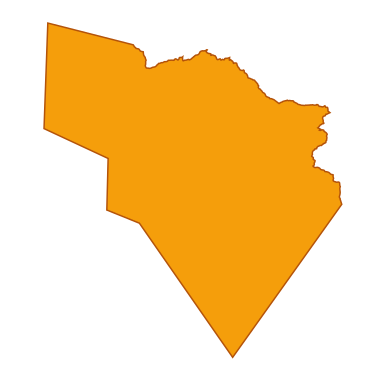 outline of Obura/Wonenara District, Eastern Highlands, Papua New Guinea, rotated 272°
{"feature_id": "67681753B51845226746090", "entity_name": "Obura/Wonenara District", "entity_type": "district", "adm_level": 2, "iso_a3": "PNG", "parent_name": "Papua New Guinea", "parent_adm1": "Eastern Highlands", "projection": "orthographic", "projection_center": [145.927, -6.831], "detail": "fine", "context": "isolated", "style": "filled", "palette": "amber", "viewbox_px": 384, "rotation_deg": 272, "n_neighbors": 0, "source": "geoboundaries", "source_scale": "gbopen_adm2", "svg_char_len": 5734}
<svg xmlns="http://www.w3.org/2000/svg" viewBox="0 0 384 384"><g transform="rotate(272 192 192)"><path d="M250.2,41.9L222.6,107.0L171.0,107.5L159.0,140.5L47.4,224.0L28.2,238.4L111.2,293.3L184.2,341.6L184.9,342.1L186.3,341.6L187.4,341.2L188.9,340.7L189.5,340.4L190.2,340.3L190.8,340.2L191.2,339.8L192.2,339.4L195.1,340.0L196.9,340.1L200.5,339.6L201.4,339.7L202.6,340.0L203.6,339.5L206.2,339.2L206.8,338.8L207.1,337.9L206.8,336.2L207.6,333.5L208.2,332.7L209.2,332.6L210.5,333.0L212.7,332.4L214.0,332.5L214.3,331.7L214.4,330.9L214.7,329.9L215.4,329.2L216.3,328.1L216.7,327.0L217.0,325.3L217.0,324.5L217.1,324.1L217.9,323.6L218.4,323.0L218.6,321.7L218.9,320.1L219.3,319.5L219.9,319.1L220.4,318.5L220.7,317.6L221.0,317.0L221.0,316.0L220.8,315.0L220.7,314.0L221.7,312.2L222.3,312.1L223.0,313.0L223.9,313.3L225.2,313.1L226.0,313.6L226.7,313.7L227.2,313.9L227.6,313.9L228.0,313.5L228.5,312.5L228.9,312.0L229.8,312.1L230.7,312.0L231.8,310.4L232.7,310.6L233.1,310.8L233.9,311.1L234.2,310.9L236.3,311.0L237.0,311.4L237.8,311.9L238.4,313.0L239.3,313.3L239.5,313.6L239.4,314.4L239.7,315.1L240.6,315.1L242.0,316.3L242.3,317.2L242.9,318.2L243.0,318.8L243.0,319.7L243.3,320.1L244.1,320.7L244.5,321.5L245.0,321.7L245.2,322.6L245.6,322.9L245.6,323.3L246.1,324.0L246.7,324.1L247.5,324.1L248.0,324.3L248.5,324.8L249.7,324.7L250.4,324.9L251.2,324.9L251.9,324.7L252.5,324.5L253.5,324.7L254.4,325.1L254.8,324.9L255.6,324.3L256.3,323.5L257.2,321.9L258.2,321.6L258.5,321.2L258.7,319.9L258.5,319.3L258.0,318.3L258.1,317.2L258.7,317.5L259.3,318.1L259.6,317.5L260.1,316.1L260.5,315.5L260.8,315.9L262.0,316.8L263.6,318.0L263.8,318.7L264.3,319.2L264.8,320.1L264.9,321.0L265.4,321.4L266.2,320.8L266.9,320.6L267.5,320.7L268.3,320.6L269.7,320.0L271.2,320.0L272.1,320.6L272.5,321.4L272.9,322.5L274.4,323.2L274.4,324.0L274.7,324.4L276.1,327.1L277.7,325.0L279.4,325.0L281.0,324.6L281.3,324.3L281.3,323.7L281.3,322.7L282.3,322.2L282.8,321.8L282.7,321.5L282.2,321.0L281.7,319.8L281.6,319.4L282.0,317.4L282.0,316.1L282.6,315.7L283.7,314.6L283.6,314.1L283.7,313.5L283.1,312.9L283.2,312.3L283.0,311.3L283.4,309.4L283.1,307.9L283.2,307.0L282.9,306.2L282.9,304.9L282.7,303.7L282.8,302.6L282.4,301.8L282.5,299.0L282.5,298.3L282.9,297.0L283.1,296.3L283.3,294.9L284.3,293.7L284.7,292.6L285.7,290.5L286.1,290.5L286.5,290.2L286.7,289.1L286.6,287.7L286.9,286.6L286.7,285.8L286.6,285.0L287.1,283.9L286.6,283.2L286.5,282.3L286.2,281.3L285.7,279.7L285.1,278.9L284.3,276.9L283.6,276.4L283.5,275.8L286.1,272.1L286.6,271.4L287.1,270.7L287.4,270.0L287.5,269.3L287.9,268.7L288.0,268.2L288.1,267.6L288.0,266.6L288.5,266.2L289.0,265.8L289.2,265.0L289.5,264.3L289.9,263.2L290.2,262.7L290.9,262.3L292.3,261.6L293.1,261.0L293.3,260.6L293.8,259.6L294.0,259.2L295.1,258.4L295.7,258.0L296.3,257.2L297.1,256.7L297.6,255.4L298.2,255.0L298.8,254.6L299.5,254.7L300.4,254.9L300.7,254.7L301.2,254.1L302.0,254.0L302.3,253.8L302.8,253.3L303.3,252.9L303.8,252.5L304.3,251.9L305.0,251.2L305.7,250.8L306.0,250.3L306.1,249.8L306.2,248.8L306.6,248.5L306.8,247.9L307.0,247.2L307.3,246.6L307.6,245.9L307.8,245.0L307.9,244.3L308.3,243.9L309.1,243.7L310.0,243.5L310.7,243.1L311.4,242.8L312.2,242.0L312.7,241.1L313.1,240.3L313.7,240.1L314.3,240.0L315.3,239.8L315.7,239.2L315.5,238.7L315.2,238.4L315.2,237.8L315.3,237.1L315.4,236.5L315.9,235.6L316.5,235.2L317.0,234.9L317.6,234.6L318.0,234.2L318.4,233.7L319.0,233.4L319.7,233.0L320.2,232.7L321.2,232.5L321.8,232.3L322.3,232.0L322.4,231.7L322.4,231.2L322.5,230.6L322.4,229.9L322.2,229.5L322.0,229.1L322.3,228.8L322.8,228.8L324.2,227.9L324.4,227.6L324.5,227.0L324.8,226.7L325.3,226.4L325.5,226.0L325.1,224.8L325.4,224.6L326.0,224.9L326.4,224.9L326.9,224.8L327.3,224.9L327.7,224.9L327.5,224.5L327.1,223.5L326.9,222.7L326.8,222.0L326.8,221.1L326.6,220.3L326.3,220.0L325.5,219.8L325.2,219.4L325.3,218.9L325.5,218.3L325.6,217.7L325.0,216.9L324.9,216.4L325.1,216.0L325.6,215.8L326.0,215.6L326.0,215.1L325.7,214.5L325.4,213.8L325.2,212.8L325.4,212.4L325.8,212.1L326.5,211.8L327.3,211.5L327.9,211.1L329.0,210.2L329.1,209.3L329.3,208.8L329.7,208.0L329.6,207.4L329.3,206.6L329.2,206.2L329.6,205.9L329.9,206.1L330.4,206.2L330.7,205.9L331.0,204.9L331.0,203.9L331.3,203.1L331.7,202.2L332.8,201.2L333.7,201.7L334.6,202.2L334.7,201.8L333.8,200.6L333.6,199.8L333.4,198.8L333.5,197.7L333.3,196.9L333.0,196.1L332.5,195.3L331.8,194.9L330.6,194.4L330.1,194.0L329.6,193.4L329.3,193.0L329.1,192.2L328.9,191.0L327.9,189.7L327.4,189.4L327.2,188.9L326.8,188.6L326.4,188.1L325.7,187.3L324.9,186.5L324.5,186.0L324.0,184.9L324.0,184.5L324.4,184.1L324.3,183.4L324.0,182.6L323.7,181.9L323.5,181.3L323.5,180.2L323.0,179.3L322.8,178.6L323.2,178.2L323.7,178.1L324.7,178.0L325.4,177.8L326.8,178.0L326.3,177.4L326.2,176.9L326.1,176.0L326.0,175.0L325.5,174.5L324.9,174.5L324.2,174.1L323.5,173.5L323.5,173.0L324.0,172.3L324.4,171.4L324.5,170.9L324.2,170.3L323.8,169.7L323.1,169.5L323.0,169.1L322.9,168.5L323.1,167.6L323.0,166.5L322.9,165.4L322.8,163.7L322.4,163.4L321.8,162.9L321.6,162.4L321.4,161.7L321.3,161.0L321.3,160.0L321.0,159.4L320.3,158.3L320.2,157.9L320.2,157.4L320.2,156.7L319.8,156.1L319.5,155.5L319.4,154.8L319.4,154.3L319.0,153.9L318.5,153.5L318.0,153.0L317.8,152.6L317.1,152.2L316.5,151.6L316.0,151.0L315.7,150.4L315.5,149.4L315.2,148.2L315.1,147.9L314.7,147.3L314.3,146.5L314.2,145.7L314.0,145.0L314.1,144.5L314.3,143.9L314.3,143.4L314.2,142.8L314.3,142.3L314.5,141.9L314.8,141.7L315.6,141.2L316.4,141.0L317.0,140.9L317.5,141.1L318.0,141.2L318.6,141.2L319.5,141.2L320.9,141.1L321.9,141.5L322.2,141.5L322.8,141.2L324.0,140.7L324.9,140.5L326.9,139.0L328.6,138.6L330.4,138.4L330.7,136.7L331.0,135.5L332.7,134.2L333.1,133.7L333.3,132.6L333.4,131.8L333.6,131.0L334.4,130.5L335.0,129.4L335.8,129.0L337.0,128.2L355.8,42.0L250.2,41.9Z" fill="#f59e0b" stroke="#b45309" stroke-width="1.5"/></g></svg>